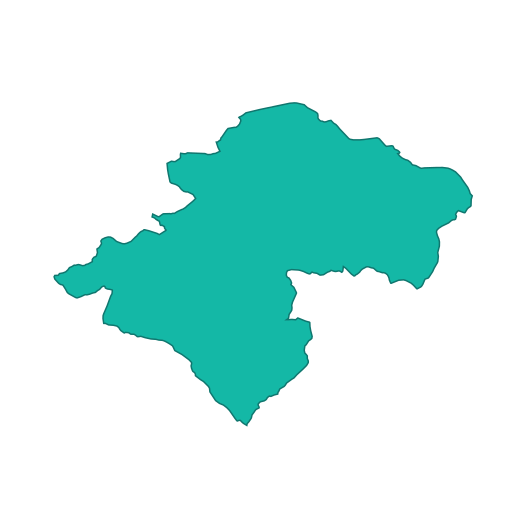 Lang Chanh, Thanh Hóa, Vietnam, rotated 294°
{"feature_id": "81297802B3900213451305", "entity_name": "Lang Chanh", "entity_type": "district", "adm_level": 2, "iso_a3": "VNM", "parent_name": "Vietnam", "parent_adm1": "Thanh Hóa", "projection": "natural_earth1", "projection_center": [105.128, 20.149], "detail": "fine", "context": "isolated", "style": "filled", "palette": "teal", "viewbox_px": 512, "rotation_deg": 294, "n_neighbors": 0, "source": "geoboundaries", "source_scale": "gbopen_adm2", "svg_char_len": 6127}
<svg xmlns="http://www.w3.org/2000/svg" viewBox="0 0 512 512"><g transform="rotate(294 256 256)"><path d="M208.7,108.6L206.8,108.2L206.4,108.3L205.1,109.5L204.0,109.9L200.7,109.4L199.6,109.1L197.9,107.9L197.4,108.0L194.6,109.8L191.7,110.1L190.5,110.0L189.0,108.5L186.9,107.9L186.0,107.9L184.3,108.8L180.5,105.9L179.0,104.0L177.8,103.4L177.1,102.3L176.6,101.5L176.3,98.8L175.9,97.1L174.0,94.7L173.7,93.6L171.7,92.3L169.5,90.3L166.9,89.8L164.1,88.6L162.0,86.5L160.0,83.6L158.3,83.3L157.9,83.1L156.4,80.1L154.9,80.0L153.1,81.6L150.9,86.6L150.6,87.8L150.5,89.3L150.8,90.3L150.8,91.6L148.4,95.2L145.9,98.5L145.4,100.2L145.2,102.2L144.7,108.1L144.9,109.4L145.1,109.8L147.8,112.7L151.1,115.5L151.8,117.4L153.5,119.6L155.7,121.8L157.4,124.1L160.1,125.4L161.9,126.7L164.9,127.6L166.3,128.8L166.7,129.4L166.7,129.9L166.6,130.4L165.5,131.4L165.4,132.7L165.5,134.0L166.0,135.6L166.5,138.3L166.3,138.7L163.1,139.8L160.1,139.6L149.8,140.3L141.1,140.4L139.3,140.6L136.6,141.7L132.5,144.3L133.2,146.0L133.1,149.4L134.7,153.8L135.3,156.7L135.4,157.6L134.8,159.9L133.9,161.0L132.9,162.8L132.1,166.6L132.1,167.0L133.1,167.8L134.0,170.4L134.1,171.8L133.7,172.8L133.7,173.5L134.9,176.4L134.7,178.2L134.1,180.2L134.2,180.9L135.8,183.5L136.3,187.9L137.5,193.8L139.2,198.5L139.7,201.4L140.9,204.8L141.1,206.7L141.0,209.4L140.7,212.2L140.1,215.8L139.7,216.7L136.6,220.3L135.9,228.5L134.0,236.9L133.0,239.4L132.4,240.5L131.4,241.0L129.2,241.4L127.2,242.8L125.4,244.6L124.9,245.3L124.6,246.8L124.2,247.8L123.5,248.6L122.0,249.4L120.5,255.5L120.0,259.1L117.5,265.6L116.3,267.3L113.1,269.2L107.5,277.9L106.5,282.5L106.6,286.8L105.6,291.0L104.1,294.7L99.1,302.9L97.7,305.5L97.7,306.1L99.0,307.4L99.4,308.4L99.3,309.0L98.7,310.3L98.0,312.5L97.5,316.5L99.2,316.1L101.7,316.9L105.0,317.5L106.3,317.6L109.2,317.0L112.8,317.8L114.8,318.1L115.9,318.5L118.5,320.6L119.2,320.3L120.6,318.7L121.3,318.3L121.8,318.2L123.6,318.8L124.3,319.1L124.9,319.7L127.0,322.4L128.6,323.5L129.4,323.8L131.3,324.0L133.4,325.1L133.8,326.7L136.5,329.2L138.7,332.0L140.4,331.5L141.3,331.8L144.2,331.8L148.4,334.8L150.0,335.3L152.4,335.6L158.1,338.9L160.1,340.3L164.2,341.6L171.5,344.8L176.5,346.7L179.8,347.1L181.3,346.5L183.3,344.5L185.6,343.5L186.5,341.9L187.2,340.1L189.5,338.4L193.7,337.2L195.3,337.9L199.9,338.6L201.8,339.8L203.4,340.5L205.4,340.0L209.9,336.4L213.5,334.0L217.1,332.2L217.3,331.8L216.7,328.0L216.4,319.4L213.9,318.2L212.7,314.7L210.9,311.2L210.3,309.9L212.0,310.9L213.3,310.8L216.1,310.0L219.1,310.5L221.0,310.7L223.2,310.0L225.6,308.6L226.9,308.4L228.9,308.1L238.4,308.1L239.0,307.8L242.8,303.3L243.7,300.3L244.2,299.4L245.2,299.6L245.9,299.4L247.8,297.6L249.3,295.1L249.3,293.2L250.4,291.9L250.8,291.5L253.3,290.6L255.4,290.7L258.0,293.9L260.4,300.3L260.8,301.9L261.2,305.6L261.1,309.7L261.3,312.0L262.0,312.9L263.6,313.4L264.1,313.8L264.1,315.3L265.0,318.8L264.6,322.1L264.9,322.9L266.4,325.3L270.3,327.9L272.0,329.7L273.4,330.3L273.9,334.0L274.3,335.2L276.0,337.6L276.2,338.2L276.3,339.0L276.0,340.9L276.2,341.1L277.6,341.4L281.9,340.1L281.3,343.1L278.3,350.5L277.6,353.7L278.2,354.4L279.2,354.7L280.6,355.8L283.3,357.2L285.3,357.6L287.4,358.5L291.0,361.3L291.5,362.2L291.9,363.4L292.1,366.0L292.6,368.0L292.5,369.0L291.4,372.4L291.4,373.4L291.8,374.8L292.1,378.1L292.8,379.7L292.9,381.3L292.4,383.5L291.1,385.3L289.8,386.6L288.3,387.6L286.0,390.1L286.1,390.6L291.9,396.2L294.3,400.6L294.6,403.2L294.3,408.7L293.4,411.7L291.5,416.1L291.5,416.5L294.6,419.0L295.5,419.5L298.0,419.9L303.5,419.8L304.1,420.3L305.9,422.3L306.8,422.6L313.6,423.7L317.3,423.7L323.7,424.4L325.0,424.3L329.9,422.7L333.1,420.6L339.6,419.5L343.6,417.8L345.9,416.1L348.0,413.8L349.7,412.3L351.3,411.1L352.9,410.7L355.6,411.6L358.9,413.7L364.6,418.5L367.9,420.1L369.2,421.2L369.9,422.6L370.8,423.3L373.6,423.0L374.2,422.6L375.1,421.5L375.8,421.4L377.4,421.5L379.8,422.4L380.1,427.4L380.2,428.5L380.5,429.2L380.7,429.3L385.2,429.9L386.9,430.7L388.3,431.7L389.3,432.0L395.2,429.6L398.9,429.1L400.1,426.3L402.3,424.4L404.8,421.5L409.6,413.4L411.3,410.9L414.0,404.1L414.4,400.8L414.5,397.8L414.3,395.6L412.7,390.4L410.5,385.5L404.9,373.9L403.4,371.5L403.2,370.2L403.6,365.3L402.9,361.9L403.2,361.1L404.4,359.1L405.1,356.1L405.1,355.1L404.8,353.4L404.9,350.1L405.1,349.0L405.9,346.3L407.2,343.9L407.7,344.8L408.4,345.1L409.1,345.2L409.5,344.6L410.1,342.6L410.0,339.3L410.3,338.6L412.0,336.6L412.1,336.1L411.9,335.1L409.2,330.5L409.7,328.7L413.2,321.0L413.3,319.6L413.2,318.5L406.5,307.5L404.3,303.6L401.7,297.7L400.9,294.5L401.0,293.1L406.1,280.8L407.7,277.7L408.6,275.5L408.9,272.9L410.4,269.3L408.8,267.1L407.2,265.5L406.2,263.9L406.1,261.5L405.6,260.4L405.8,259.1L406.6,257.2L407.5,256.3L409.3,255.6L411.0,254.5L411.6,253.1L411.9,251.1L412.4,242.7L413.8,238.5L412.3,230.9L411.4,228.6L409.2,224.6L391.5,200.1L382.7,188.6L379.7,187.0L377.6,185.6L376.1,184.2L375.6,184.0L374.7,186.1L373.8,186.9L373.0,187.2L369.8,187.3L367.0,186.4L365.4,185.4L364.8,184.0L361.1,178.6L358.8,177.9L351.1,176.5L349.6,176.0L347.3,176.4L346.7,175.6L345.6,175.2L344.4,174.4L343.9,173.4L339.8,177.1L337.0,180.5L333.2,177.2L332.1,175.3L330.4,173.5L329.0,170.6L328.8,167.7L322.4,151.6L322.1,151.2L321.1,150.5L320.2,148.9L319.2,145.4L317.9,145.7L315.5,146.9L314.1,146.8L309.4,143.8L308.8,142.5L308.2,140.2L304.4,137.1L299.2,140.0L295.4,142.5L288.9,147.2L288.5,147.8L288.2,149.1L288.7,153.3L288.6,155.6L288.1,157.9L287.3,159.1L286.4,160.9L285.7,163.8L286.1,166.0L286.8,167.6L286.6,173.4L284.1,177.4L282.6,177.0L280.0,175.9L273.7,172.7L271.7,171.9L269.1,170.2L268.2,169.2L264.5,166.0L261.7,164.1L261.3,162.8L259.9,161.1L259.6,159.9L256.9,154.3L256.4,153.8L252.5,151.5L252.1,150.5L252.3,144.6L249.4,145.2L249.5,147.9L248.8,149.8L248.8,150.9L248.6,151.0L248.4,153.6L245.6,155.7L245.2,156.2L245.3,156.9L245.7,157.1L245.9,157.5L245.6,160.4L244.5,160.9L243.4,162.5L243.1,163.3L242.7,163.3L236.2,159.0L236.4,156.6L235.5,147.9L234.7,143.7L234.4,143.0L232.9,142.3L231.8,141.2L230.6,140.5L228.4,139.6L225.7,138.9L224.2,138.1L218.6,136.0L215.2,132.9L213.5,130.7L212.9,128.6L212.6,123.6L212.6,122.6L213.9,118.4L214.1,115.5L213.3,113.3L212.7,112.5L211.2,110.7L208.7,108.6Z" fill="#14b8a6" stroke="#0f766e" stroke-width="1.5"/></g></svg>